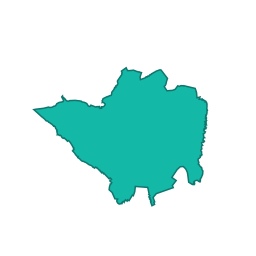 outline of Chalchicomula de Sesma, Puebla, Mexico, rotated 212°
{"feature_id": "50627088B80469621247592", "entity_name": "Chalchicomula de Sesma", "entity_type": "district", "adm_level": 2, "iso_a3": "MEX", "parent_name": "Mexico", "parent_adm1": "Puebla", "projection": "albers", "projection_center": [-97.433, 18.977], "detail": "fine", "context": "isolated", "style": "filled", "palette": "teal", "viewbox_px": 256, "rotation_deg": 212, "n_neighbors": 0, "source": "geoboundaries", "source_scale": "gbopen_adm2", "svg_char_len": 5691}
<svg xmlns="http://www.w3.org/2000/svg" viewBox="0 0 256 256"><g transform="rotate(212 128 128)"><path d="M87.6,73.4L88.5,77.5L90.8,82.3L79.8,88.1L75.2,83.3L75.2,82.6L73.6,82.3L73.8,80.6L72.1,80.4L72.2,79.3L70.5,79.0L70.6,78.6L69.6,77.9L69.8,77.4L66.5,74.8L65.0,77.3L66.7,78.6L66.2,79.5L69.5,82.0L69.4,82.1L69.9,82.8L69.2,87.4L58.0,101.4L59.9,102.7L59.3,109.0L64.6,109.3L64.3,119.0L64.2,119.1L63.2,122.8L60.7,124.6L58.7,124.2L57.5,123.9L56.5,123.4L54.4,122.0L53.0,120.6L47.8,114.2L43.6,114.2L41.9,115.0L41.8,115.7L42.0,116.2L42.3,116.5L42.3,115.7L42.6,115.3L43.0,115.2L42.9,115.7L43.6,117.4L43.4,118.1L43.0,118.9L41.9,120.2L41.5,120.4L39.7,120.2L38.4,120.4L38.5,121.4L39.0,121.7L38.9,121.9L39.0,122.0L39.2,121.8L39.6,122.7L39.4,122.8L39.3,122.7L39.6,123.8L39.6,125.3L39.9,126.4L40.0,127.7L40.4,128.8L40.9,129.6L41.3,130.6L41.8,131.3L42.1,131.5L43.2,131.8L44.0,132.9L44.6,133.3L44.7,133.5L45.1,133.5L45.3,133.3L45.6,133.6L47.0,133.8L47.9,134.5L48.4,134.6L48.7,134.5L49.0,134.7L49.3,134.7L49.3,135.3L49.6,135.8L49.6,136.3L51.5,137.8L51.9,138.4L52.0,139.4L51.7,139.7L51.2,141.3L51.5,142.1L52.0,142.8L51.4,143.0L51.3,144.0L51.4,144.5L51.2,144.5L51.3,144.8L51.8,144.8L51.8,145.0L52.4,145.8L52.9,146.8L53.9,147.1L54.4,147.5L54.6,148.8L54.3,149.0L54.6,149.9L55.3,150.4L55.8,151.2L56.1,152.6L55.7,152.9L56.8,153.4L57.8,154.5L56.7,156.3L56.3,156.1L56.2,156.7L57.3,157.1L57.5,157.2L57.0,157.5L57.8,157.7L58.3,158.1L58.5,158.9L58.4,159.8L58.7,160.0L58.1,160.4L59.3,160.7L59.1,160.7L59.2,160.8L59.8,161.6L60.1,161.7L60.5,162.2L60.6,162.7L60.6,163.4L60.8,163.4L60.2,164.3L60.5,165.1L60.3,165.3L60.3,165.7L61.4,165.7L62.3,166.0L62.7,166.3L62.2,167.3L62.2,167.7L62.7,167.7L62.4,168.3L61.7,168.7L61.0,169.0L61.7,169.0L62.0,169.3L62.2,169.2L62.0,169.6L62.4,169.6L62.6,169.8L63.1,169.6L64.2,170.3L63.4,170.1L63.1,170.6L63.2,170.9L63.6,170.7L63.7,171.0L63.4,171.1L63.5,171.2L63.7,171.5L64.2,171.8L64.3,172.0L64.1,172.0L64.0,171.9L63.2,172.3L63.8,172.7L64.4,172.4L64.2,172.9L64.2,173.4L65.2,173.3L65.0,174.1L65.5,174.1L65.4,174.2L65.6,174.3L65.4,174.4L65.5,174.5L65.1,174.7L65.2,174.9L65.6,174.7L65.7,175.0L65.3,175.3L65.4,175.8L65.3,176.0L66.7,176.8L66.4,176.9L66.6,177.4L66.8,177.3L67.0,177.7L66.7,177.8L66.7,178.1L67.3,178.4L67.8,178.2L68.1,179.4L68.4,179.2L68.9,180.4L68.4,180.7L68.7,182.0L69.1,182.4L69.2,183.0L70.1,184.3L69.9,184.9L70.7,185.6L71.1,185.6L72.6,188.4L73.2,189.3L73.8,190.0L73.7,190.2L75.3,191.6L76.3,191.0L76.6,191.9L78.9,191.4L79.0,191.8L80.0,191.0L80.5,191.9L82.8,190.1L83.4,192.4L85.5,190.2L88.7,194.4L92.0,197.2L103.2,193.4L103.2,193.2L105.6,192.0L106.5,190.5L108.2,190.1L108.4,186.3L108.7,185.5L110.1,183.6L114.7,180.2L119.2,182.3L119.3,182.7L118.9,183.9L119.1,185.3L120.1,188.2L120.8,191.0L130.8,194.7L131.8,194.2L134.2,191.2L135.0,189.6L135.0,189.3L135.6,188.7L135.9,187.7L136.2,187.5L136.2,187.1L136.7,186.7L136.8,186.3L136.7,185.9L136.8,185.6L137.4,185.1L137.3,184.7L137.7,184.4L137.8,184.0L137.7,183.1L138.0,182.9L138.6,182.7L138.7,182.4L138.7,181.6L139.7,181.1L139.9,180.5L139.8,180.0L140.1,179.5L143.1,175.6L144.8,177.6L145.9,182.1L148.1,181.4L148.3,181.5L148.6,181.2L151.0,180.5L153.9,180.0L157.1,177.5L158.9,176.4L161.5,178.1L163.7,172.8L163.6,172.6L162.3,171.8L162.2,171.0L161.9,170.7L161.6,170.2L161.9,162.4L161.3,161.4L160.4,160.8L160.0,160.2L159.9,158.3L160.3,158.0L160.6,157.5L160.1,156.4L160.4,156.4L160.5,156.2L160.4,155.7L160.6,155.4L160.4,155.2L160.7,155.0L160.6,154.7L160.6,154.3L160.4,153.9L160.4,152.7L160.7,150.1L160.4,149.0L159.9,148.3L159.6,146.8L160.8,145.5L161.8,143.7L162.2,143.7L164.7,139.7L164.4,138.3L164.4,137.5L163.9,137.0L163.4,135.9L163.0,136.4L162.3,136.6L160.6,136.4L160.1,136.1L159.7,135.7L159.8,134.0L160.3,132.8L161.6,132.1L160.8,130.8L162.0,129.8L162.7,130.7L163.2,130.2L163.7,131.0L164.0,130.7L164.4,130.5L164.7,130.2L165.7,129.7L165.9,129.4L165.7,129.4L166.5,128.7L171.6,127.7L171.6,126.2L172.4,125.8L173.5,125.7L175.6,126.8L176.7,126.9L179.1,126.5L180.7,125.7L181.7,126.0L182.3,125.6L182.9,125.6L187.5,123.4L192.0,120.3L192.9,119.0L194.3,118.6L195.2,118.6L196.8,119.3L197.2,119.1L198.6,119.7L199.7,119.7L200.2,120.0L200.5,120.4L200.7,119.5L200.5,119.1L197.7,117.5L197.1,116.7L197.1,116.3L197.2,115.8L197.4,115.5L199.9,113.2L201.1,111.2L201.3,110.6L201.1,109.7L201.4,108.4L201.7,107.7L202.7,106.9L203.1,105.7L203.5,105.3L205.2,103.9L206.4,103.7L206.7,103.4L209.9,100.1L216.2,95.0L217.6,93.7L206.9,91.8L206.0,91.8L205.1,91.6L203.5,91.4L201.3,90.7L200.9,90.8L200.3,91.1L199.7,91.3L198.2,90.8L197.2,91.1L196.1,90.8L195.4,90.9L194.1,90.8L192.9,90.4L192.5,90.4L192.0,90.1L191.7,90.2L191.6,90.6L191.0,90.4L190.4,90.5L189.4,89.5L188.7,89.1L187.3,88.8L186.9,87.7L186.4,87.7L186.1,86.9L185.0,85.9L184.4,84.7L183.5,85.5L182.7,85.3L182.3,85.3L181.7,85.6L181.4,86.0L180.4,85.8L179.0,85.0L178.6,84.9L177.4,84.9L177.0,85.7L176.8,85.7L176.3,85.7L176.1,85.5L174.1,85.3L174.1,85.2L172.3,84.7L172.0,85.7L171.8,85.8L169.4,85.2L166.4,83.7L165.7,83.5L165.0,82.7L163.7,82.6L163.3,82.2L162.9,81.5L163.1,81.2L162.4,81.0L162.9,79.2L160.1,78.5L158.1,77.5L157.7,77.5L156.7,77.1L155.4,77.0L155.2,77.2L155.0,76.3L152.3,76.2L151.8,75.9L149.7,75.6L149.2,75.6L147.7,76.2L146.8,76.1L146.1,76.4L143.8,76.4L141.8,76.2L139.1,76.7L137.3,76.5L137.2,76.2L135.1,76.3L135.0,77.5L133.5,77.5L133.4,77.9L130.2,77.0L129.5,77.3L129.2,77.2L128.9,77.0L128.9,76.7L126.6,76.1L126.6,76.9L124.4,76.3L124.4,76.8L117.0,74.9L116.7,76.2L114.8,75.8L115.4,73.5L112.8,73.0L112.9,70.6L113.2,70.7L112.5,68.2L111.3,65.6L107.3,64.9L101.6,61.0L99.1,62.2L99.1,61.1L98.9,60.2L98.3,59.6L96.8,58.9L95.5,58.8L94.8,59.1L94.2,59.7L93.8,60.4L93.5,61.9L93.1,61.4L93.1,63.0L92.5,63.8L91.9,63.3L92.1,65.7L90.0,65.5L90.2,66.9L88.6,66.9L88.7,73.4L87.6,73.4Z" fill="#14b8a6" stroke="#0f766e" stroke-width="1.5"/></g></svg>